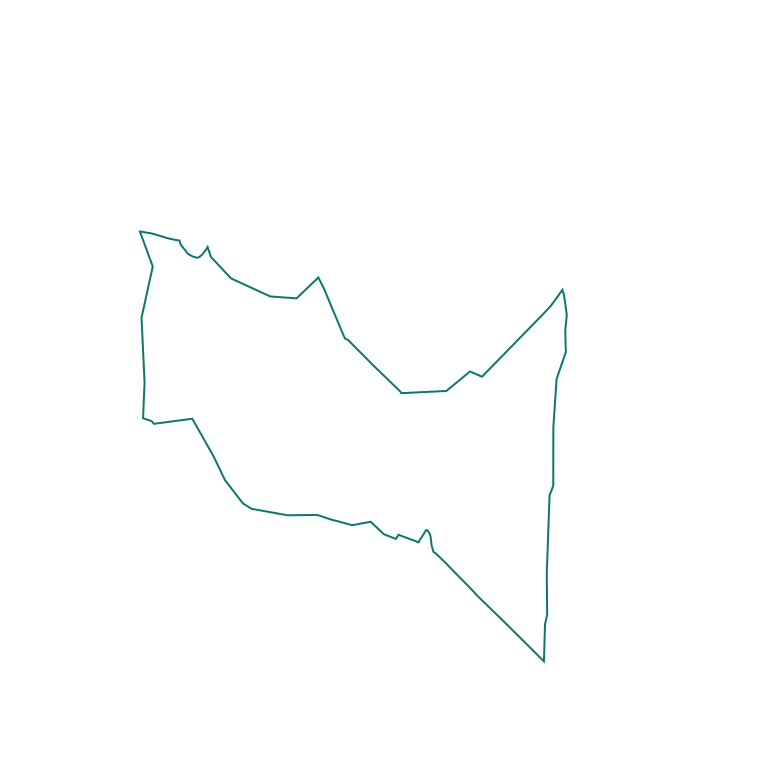 the district of Ad Dali, Sennar, Sudan, rotated 304°
{"feature_id": "16777658B21682317034415", "entity_name": "Ad Dali", "entity_type": "district", "adm_level": 2, "iso_a3": "SDN", "parent_name": "Sudan", "parent_adm1": "Sennar", "projection": "orthographic", "projection_center": [33.523, 12.54], "detail": "fine", "context": "isolated", "style": "outline", "palette": "teal", "viewbox_px": 768, "rotation_deg": 304, "n_neighbors": 0, "source": "geoboundaries", "source_scale": "gbopen_adm2", "svg_char_len": 1604}
<svg xmlns="http://www.w3.org/2000/svg" viewBox="0 0 768 768"><g transform="rotate(304 384 384)"><path d="M435.6,270.0L406.1,263.6L393.0,240.8L386.0,198.2L392.6,169.4L398.9,161.2L397.0,161.4L390.4,161.0L386.1,160.0L384.0,158.3L382.6,153.5L382.3,148.5L385.9,137.5L388.6,134.2L386.9,130.7L384.5,124.9L378.5,106.1L376.5,102.0L374.9,98.1L373.9,96.4L352.1,126.6L303.4,145.9L251.0,184.9L239.7,191.8L220.9,203.4L223.3,212.2L222.7,214.2L222.4,215.6L222.5,215.7L222.7,216.0L223.6,217.0L224.9,218.4L248.0,244.5L228.8,283.0L215.4,305.9L206.1,333.9L206.5,344.1L221.2,377.4L235.0,397.4L238.1,401.8L242.1,416.2L244.0,421.3L249.1,436.5L262.3,449.9L259.4,468.0L262.2,480.4L267.1,480.4L271.4,498.1L272.0,501.2L272.3,501.2L273.3,500.9L286.4,500.7L287.0,502.1L285.0,506.2L283.2,508.2L281.5,509.8L278.8,512.0L276.6,513.9L275.1,515.8L273.6,517.6L272.6,518.7L272.4,522.3L270.3,534.2L265.9,555.3L263.5,567.3L263.5,567.6L260.4,580.9L253.6,619.0L243.5,671.6L245.7,670.3L266.7,657.0L274.8,651.9L284.3,648.1L307.0,632.4L318.4,624.6L384.5,583.4L391.0,582.0L394.5,581.1L436.1,553.1L443.0,548.5L484.6,524.3L512.5,516.8L513.8,515.7L529.5,504.5L540.4,498.6L543.7,496.7L554.8,486.8L557.0,484.7L559.4,482.5L559.5,482.4L559.6,482.2L560.0,481.4L560.2,481.0L560.3,480.8L560.4,480.6L560.6,480.5L560.8,480.3L561.8,479.3L556.8,479.1L554.9,479.1L542.2,478.6L537.0,477.8L527.8,476.3L525.8,475.9L499.6,471.1L470.2,465.8L444.8,461.1L442.5,448.3L413.1,439.6L396.2,417.0L386.1,403.5L386.8,402.1L393.2,365.9L399.3,335.1L400.4,329.8L399.9,326.1L404.3,319.3L417.9,298.5L429.3,281.2L435.6,270.0Z" fill="none" stroke="#0f766e" stroke-width="2"/></g></svg>